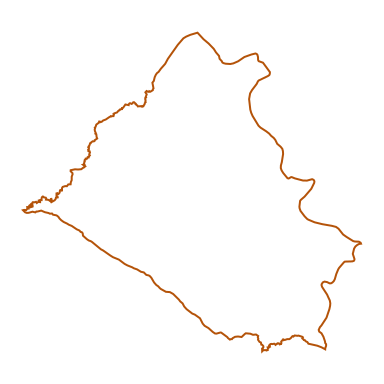 outline of Khao Wong, Kalasin, Thailand
{"feature_id": "78962969B54306826324199", "entity_name": "Khao Wong", "entity_type": "district", "adm_level": 2, "iso_a3": "THA", "parent_name": "Thailand", "parent_adm1": "Kalasin", "projection": "orthographic", "projection_center": [104.055, 16.69], "detail": "fine", "context": "isolated", "style": "outline", "palette": "amber", "viewbox_px": 384, "rotation_deg": 0, "n_neighbors": 0, "source": "geoboundaries", "source_scale": "gbopen_adm2", "svg_char_len": 5894}
<svg xmlns="http://www.w3.org/2000/svg" viewBox="0 0 384 384"><path d="M197.5,32.7L190.4,34.8L186.2,36.6L183.4,38.3L177.8,44.8L167.9,58.8L165.2,63.8L160.8,68.8L158.5,72.0L157.2,72.9L155.9,74.6L154.7,77.2L153.8,80.9L152.4,82.7L153.5,88.4L152.8,89.4L152.8,90.2L150.4,91.7L149.3,91.2L149.1,91.8L148.0,91.8L146.6,91.0L145.4,92.3L146.7,94.4L145.7,97.0L146.0,97.5L145.3,97.9L145.2,99.2L145.6,100.1L145.3,101.3L145.7,102.1L144.8,103.1L144.5,104.5L143.7,105.4L143.4,106.3L142.4,106.7L141.7,106.6L141.7,106.1L137.8,106.4L137.3,105.4L136.4,104.9L136.1,104.3L135.7,104.2L135.8,103.8L134.0,102.2L133.2,102.3L132.4,103.5L131.4,103.9L130.6,103.3L129.6,103.3L128.6,104.5L128.6,105.1L125.4,104.5L123.1,107.8L122.0,108.0L122.0,109.1L120.2,109.3L119.4,110.0L119.5,110.3L118.2,111.0L117.1,112.4L114.2,113.4L114.1,113.9L113.5,114.1L113.8,114.9L113.5,116.1L111.6,116.2L111.2,116.5L110.7,116.3L110.6,116.6L109.6,116.9L105.8,119.5L103.1,120.5L101.8,121.7L101.0,122.0L100.2,122.2L99.9,121.6L99.2,121.5L98.7,122.8L96.3,124.6L95.6,126.8L94.8,127.7L95.1,128.2L94.7,129.5L94.9,131.0L95.8,133.1L95.4,133.7L96.3,134.3L96.6,137.0L97.2,138.5L94.7,140.2L94.6,140.9L93.8,141.4L92.6,141.3L90.8,142.7L90.7,143.2L90.1,143.3L89.3,145.8L88.8,146.1L88.3,147.1L88.9,147.4L88.9,149.1L88.2,149.5L88.6,150.8L88.4,151.0L88.9,151.4L89.6,151.3L90.0,152.5L89.2,154.3L89.8,155.3L89.3,155.6L89.2,156.5L88.5,156.7L88.5,157.4L87.6,157.3L87.2,158.5L85.8,158.6L85.8,159.2L85.4,159.2L84.7,160.0L84.8,161.1L84.4,161.3L84.4,162.5L84.0,163.2L84.3,164.3L83.8,164.1L83.7,164.7L83.1,164.8L83.7,165.3L84.7,165.3L84.7,165.7L85.2,166.2L84.4,166.6L84.4,167.2L83.1,167.8L81.3,169.2L78.1,169.5L75.0,169.3L70.7,170.2L70.6,171.2L72.4,173.0L72.6,174.2L71.7,176.7L71.7,180.1L70.8,182.3L70.6,184.3L68.3,184.4L66.9,186.2L65.2,186.1L62.7,186.9L62.0,188.1L62.0,190.5L61.5,190.6L60.7,190.0L60.0,190.3L59.6,192.7L58.3,194.2L57.7,194.3L57.3,193.2L56.5,193.4L56.5,196.0L57.6,196.8L57.7,197.4L55.9,197.7L55.6,199.1L54.6,200.3L51.3,202.2L50.9,201.6L51.7,200.0L51.4,198.9L50.8,199.0L50.3,200.7L49.9,200.9L48.6,199.9L46.0,199.6L46.3,198.6L45.8,197.7L43.9,197.4L43.4,196.7L42.8,196.5L42.2,196.9L41.6,198.1L41.6,200.1L40.1,200.0L38.7,200.5L38.8,201.1L40.1,201.6L40.1,202.1L38.2,201.9L36.8,203.0L36.0,201.8L34.6,202.3L32.8,202.2L32.4,202.6L32.4,204.1L31.2,203.9L30.9,204.2L31.0,205.6L31.4,205.8L32.5,205.5L32.7,206.0L32.6,206.6L29.9,207.4L30.2,205.9L30.0,205.4L29.6,205.3L28.4,207.0L27.2,207.1L27.3,207.5L28.4,208.0L28.5,208.6L27.4,208.6L26.2,210.1L24.1,209.9L23.0,210.2L25.1,212.3L26.8,212.9L28.7,212.8L32.5,211.7L35.4,212.4L36.4,211.5L37.7,211.5L41.2,210.6L44.9,212.2L48.5,213.0L49.9,213.7L52.0,213.5L53.0,214.7L56.2,215.3L57.2,215.8L58.6,217.1L59.4,218.4L61.2,220.2L63.7,222.0L67.1,223.6L68.8,224.7L71.7,225.9L76.7,229.3L79.4,230.5L80.6,231.9L81.8,232.2L82.7,233.3L83.0,235.7L86.9,239.2L88.8,240.5L90.6,241.1L91.8,241.8L100.9,249.3L103.0,250.4L110.3,255.5L113.0,257.2L118.9,259.6L124.6,263.9L127.4,265.4L132.2,267.3L133.9,268.3L137.1,269.4L141.0,271.8L143.8,272.4L146.3,274.9L148.6,275.4L149.6,275.9L151.3,277.7L154.1,282.5L156.3,285.0L158.2,286.3L159.7,288.0L160.7,288.9L165.9,291.8L169.9,292.1L173.2,294.0L178.9,299.6L180.2,301.4L182.6,303.4L184.2,306.5L186.6,309.2L192.3,313.6L194.8,314.6L200.0,318.3L202.7,323.6L204.6,325.8L208.5,328.1L212.7,331.9L215.0,333.5L216.5,333.6L220.4,332.5L221.2,332.6L227.3,337.1L227.9,338.0L229.9,339.6L230.9,339.1L232.0,339.1L232.6,338.2L235.1,336.8L238.0,336.5L241.6,337.0L244.9,333.9L245.8,333.3L250.3,333.7L253.0,334.8L256.0,334.5L258.2,336.0L257.8,337.3L258.3,338.7L258.0,339.7L259.5,341.9L260.9,342.5L261.3,344.6L262.2,344.8L263.3,346.1L263.4,347.2L262.8,348.0L262.8,348.4L262.1,348.6L262.2,351.3L263.3,350.2L265.8,350.1L266.4,350.5L267.6,350.1L267.4,349.6L268.2,348.5L267.7,347.4L268.3,347.3L268.6,346.9L269.2,347.2L269.9,346.8L269.6,346.3L269.8,345.6L269.3,345.2L270.4,344.1L271.5,343.9L272.4,344.1L274.2,343.7L274.8,344.0L275.5,344.9L277.4,343.4L277.9,343.7L278.3,343.3L279.5,343.6L279.9,344.3L280.3,344.0L281.1,344.0L281.4,343.1L281.2,341.6L282.5,340.1L283.1,340.2L283.3,339.4L284.7,340.0L287.3,339.1L289.4,339.1L290.7,338.2L292.5,336.1L293.0,336.1L293.5,336.5L294.6,335.5L297.5,335.8L298.5,335.6L302.3,336.8L302.9,337.3L302.3,338.4L303.5,339.4L303.8,340.0L304.9,340.2L305.6,341.2L307.4,342.1L308.4,343.7L317.3,345.7L321.5,347.3L325.2,349.3L325.3,348.0L326.1,345.9L326.1,344.2L325.2,343.0L325.0,341.4L323.4,336.7L321.5,333.3L319.2,331.6L318.7,329.9L319.9,327.2L321.4,325.5L326.5,317.7L329.4,309.1L330.1,305.8L330.3,303.3L329.8,300.5L328.3,297.3L327.1,294.6L322.2,287.1L321.6,285.5L321.6,284.3L322.8,282.4L324.5,281.6L327.1,282.1L329.5,283.3L331.0,283.3L332.3,282.6L333.8,281.1L334.8,279.2L336.3,274.0L338.2,269.4L339.1,267.9L344.0,262.2L344.9,261.6L352.2,261.4L353.8,260.9L354.3,260.1L354.5,259.1L352.8,253.9L354.1,248.6L355.4,246.5L357.3,244.9L359.2,243.9L361.0,243.7L360.6,242.7L358.9,241.7L354.9,241.5L353.2,241.1L346.5,236.9L343.1,234.5L338.5,228.7L336.0,226.9L331.7,225.8L322.4,224.2L314.6,222.3L308.2,219.6L307.1,218.9L304.6,216.3L300.5,210.9L299.6,208.3L299.4,206.7L300.1,200.9L300.8,199.9L304.6,196.6L311.3,188.8L314.2,182.9L314.4,181.5L314.1,180.5L313.5,179.8L312.1,179.2L307.0,180.6L302.9,180.5L294.9,178.4L291.7,177.1L290.9,177.2L288.7,178.5L287.5,178.2L283.2,173.0L281.6,170.4L280.8,168.1L280.9,165.5L281.8,162.2L283.1,154.0L282.9,151.0L282.3,148.8L280.6,146.7L277.2,143.8L275.3,139.9L273.7,137.9L271.1,135.8L269.2,133.6L266.2,131.3L260.5,127.6L258.5,125.7L252.6,116.0L251.2,112.8L250.3,109.6L249.1,99.1L250.1,93.4L252.0,90.1L256.7,83.9L257.9,81.4L258.7,80.5L267.8,76.1L269.3,75.1L269.8,73.9L269.9,72.1L263.0,62.7L258.8,61.2L258.4,60.7L258.1,59.9L258.0,57.0L257.4,54.8L256.6,53.9L255.4,53.5L251.4,54.5L244.4,57.0L238.1,61.3L233.3,63.4L230.3,64.0L225.6,63.7L223.4,63.1L222.3,62.4L221.9,61.3L219.6,58.8L219.0,55.9L216.0,52.4L213.8,48.9L208.6,43.5L203.6,39.3L197.5,32.7Z" fill="none" stroke="#b45309" stroke-width="2"/></svg>